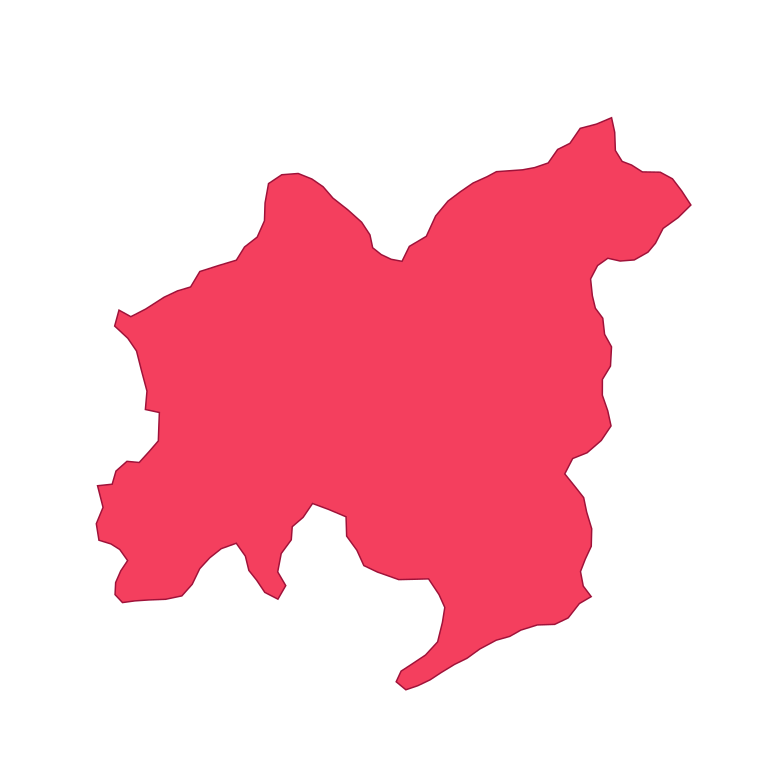 outline of Coronel Xavier Chaves, Minas Gerais, Brazil, rotated 9°
{"feature_id": "56859067B25773134342580", "entity_name": "Coronel Xavier Chaves", "entity_type": "district", "adm_level": 2, "iso_a3": "BRA", "parent_name": "Brazil", "parent_adm1": "Minas Gerais", "projection": "natural_earth1", "projection_center": [-44.197, -21.023], "detail": "fine", "context": "isolated", "style": "filled", "palette": "rose", "viewbox_px": 768, "rotation_deg": 9, "n_neighbors": 0, "source": "geoboundaries", "source_scale": "gbopen_adm2", "svg_char_len": 2110}
<svg xmlns="http://www.w3.org/2000/svg" viewBox="0 0 768 768"><g transform="rotate(9 384 384)"><path d="M614.8,389.9L609.2,375.5L601.4,360.9L599.0,345.3L604.9,330.9L602.9,311.7L594.1,300.4L589.8,284.8L580.9,276.1L576.0,264.3L571.6,247.9L576.4,233.6L585.4,224.8L598.0,225.6L611.8,222.3L624.1,212.5L630.1,202.5L635.3,186.7L648.5,173.6L659.1,159.2L647.8,146.7L636.8,136.2L623.7,131.6L606.0,134.1L594.3,129.0L584.4,126.9L576.0,117.2L572.5,99.3L567.1,85.4L553.1,94.1L537.8,100.8L530.0,117.2L518.8,125.2L511.6,140.0L498.9,146.7L487.3,150.8L473.9,153.9L461.8,156.7L453.4,163.1L440.6,171.5L429.2,182.3L418.6,193.3L408.7,210.0L402.7,231.5L387.5,244.1L382.6,260.0L371.6,259.7L361.0,256.6L351.5,251.2L346.8,238.9L336.6,227.7L321.1,217.7L304.5,208.4L293.0,198.7L280.7,192.8L266.3,189.5L250.3,193.3L238.6,204.1L238.2,223.8L240.4,241.5L235.8,258.7L224.8,270.5L218.8,284.8L202.2,292.8L184.5,301.7L177.8,318.4L165.5,324.3L153.2,332.7L136.8,347.3L123.4,357.1L110.7,352.5L108.9,368.9L123.8,378.9L134.4,390.1L142.2,408.3L151.0,428.1L152.3,446.5L166.6,447.3L168.3,461.6L170.0,475.5L162.7,487.3L154.5,499.8L142.2,500.6L132.9,511.9L131.2,525.5L117.0,529.3L125.8,549.8L121.7,567.0L126.9,582.9L139.4,584.7L148.9,588.8L158.4,598.5L153.2,609.8L150.0,622.1L151.3,634.1L159.9,640.8L171.8,637.2L185.4,634.1L202.0,630.8L217.5,624.9L225.9,611.8L230.9,595.2L239.1,582.9L249.0,572.1L263.0,564.4L274.0,575.7L279.7,589.3L288.9,597.7L298.9,608.5L312.9,613.1L318.5,598.5L308.4,586.2L309.0,567.5L316.8,552.4L315.7,539.3L325.0,528.3L332.1,513.2L348.7,516.5L367.3,521.1L370.9,540.1L383.2,552.4L392.5,566.5L407.0,570.8L429.2,574.9L444.5,572.1L458.5,569.5L471.3,583.4L479.0,595.2L479.0,610.3L477.3,630.3L467.4,645.2L454.7,656.9L445.8,664.9L442.6,676.2L453.4,682.6L464.6,676.7L475.8,669.0L485.1,660.5L497.4,650.0L509.0,641.8L520.0,630.8L534.9,619.5L547.7,613.6L557.6,605.7L573.1,598.0L590.2,594.7L602.5,586.2L611.3,570.3L621.9,561.6L612.4,552.4L607.4,538.5L610.2,525.5L614.1,511.9L611.8,494.5L604.2,478.8L599.0,465.0L588.2,455.0L576.6,444.5L582.0,428.1L595.4,420.1L607.4,405.8L614.8,389.9Z" fill="#f43f5e" stroke="#9f1239" stroke-width="1.5"/></g></svg>